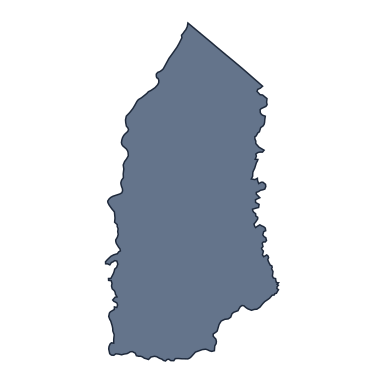 Caseara, Tocantins, Brazil
{"feature_id": "56859067B59915078137369", "entity_name": "Caseara", "entity_type": "district", "adm_level": 2, "iso_a3": "BRA", "parent_name": "Brazil", "parent_adm1": "Tocantins", "projection": "orthographic", "projection_center": [-49.844, -9.372], "detail": "fine", "context": "isolated", "style": "filled", "palette": "slate", "viewbox_px": 384, "rotation_deg": 0, "n_neighbors": 0, "source": "geoboundaries", "source_scale": "gbopen_adm2", "svg_char_len": 4277}
<svg xmlns="http://www.w3.org/2000/svg" viewBox="0 0 384 384"><path d="M181.5,35.2L181.9,37.8L179.0,43.6L176.9,47.3L171.5,54.9L169.0,58.3L163.3,68.8L161.7,70.3L160.0,71.5L157.7,72.4L156.3,74.1L156.3,76.1L156.7,77.7L158.1,78.5L158.8,80.4L158.7,82.8L157.5,85.0L155.0,87.7L150.9,90.5L148.4,91.7L146.8,93.5L141.6,97.7L138.4,99.6L137.0,101.3L134.8,105.3L132.9,108.5L130.8,111.2L129.5,112.8L126.3,116.1L125.5,119.9L125.7,122.6L126.4,126.2L127.8,127.8L128.5,129.5L127.8,131.4L126.3,132.8L124.8,134.2L123.8,135.4L122.6,137.5L121.9,139.7L121.4,142.6L121.9,144.5L122.8,145.9L126.3,148.9L127.6,150.9L128.1,152.6L128.3,155.9L126.5,159.0L124.6,161.5L123.2,165.0L123.8,169.0L123.2,174.0L123.4,177.7L121.6,180.2L120.9,182.4L120.9,183.9L121.5,186.3L122.4,188.6L122.6,190.9L121.8,192.8L120.0,193.9L113.0,196.2L110.8,197.4L109.3,198.7L107.7,201.1L107.9,202.6L109.1,205.0L111.7,208.7L114.4,211.9L115.0,218.0L114.6,222.2L117.2,224.6L117.2,226.6L118.1,228.7L117.7,231.6L118.2,234.4L117.4,237.1L115.7,240.0L115.8,241.7L116.4,243.6L118.7,247.3L120.0,248.9L120.4,250.9L118.6,251.9L117.4,253.7L113.7,254.8L110.9,256.3L107.5,259.5L105.5,261.8L105.6,263.8L107.7,263.9L109.8,264.9L111.4,262.5L113.1,261.8L114.7,260.6L116.9,261.1L117.8,264.2L116.6,267.4L114.7,269.1L114.2,271.3L113.4,273.5L110.9,278.4L108.5,278.5L108.6,280.4L111.2,280.7L112.0,283.4L111.5,286.0L112.2,288.8L114.3,290.7L115.2,292.5L115.4,294.1L116.2,295.5L117.0,296.9L115.1,297.2L112.7,300.0L113.9,301.4L115.3,302.0L116.9,303.0L117.6,305.0L116.8,307.5L114.4,306.9L114.3,309.5L110.4,311.8L109.4,313.1L108.7,316.5L109.8,319.5L110.7,320.9L112.2,325.8L112.7,328.3L112.8,330.9L114.2,334.8L113.7,339.5L113.7,343.2L111.4,342.8L110.1,344.0L109.0,346.6L108.7,348.9L109.7,353.7L111.4,355.1L113.8,355.3L115.8,353.8L118.7,354.1L121.6,354.8L123.9,354.1L127.1,353.6L128.7,352.8L130.2,351.8L132.4,351.6L135.3,353.2L136.4,355.7L138.9,356.3L140.4,356.2L142.3,356.8L144.3,358.2L146.2,358.7L148.5,359.5L151.0,357.0L154.5,356.3L156.7,356.7L159.7,358.4L162.0,359.2L163.4,360.4L165.5,361.0L167.0,359.5L168.9,359.2L170.7,360.6L173.8,360.7L175.3,358.6L178.2,358.5L182.2,358.8L184.2,358.8L187.9,358.9L189.8,358.0L191.2,356.8L195.4,352.1L202.3,349.6L205.6,349.2L207.3,349.7L209.6,350.8L211.7,351.4L214.4,350.7L214.8,345.8L216.1,343.7L216.4,341.6L215.9,339.2L213.2,336.2L213.2,334.0L216.0,332.1L217.2,331.0L219.1,324.4L221.2,321.0L224.8,319.3L228.2,318.9L230.7,317.2L232.0,313.7L233.7,312.3L238.0,310.7L238.9,308.9L240.3,306.7L242.0,305.5L243.9,305.8L245.7,307.4L247.7,308.8L251.5,310.3L254.3,309.4L256.9,309.2L260.0,307.1L262.6,303.8L264.7,301.6L267.4,299.8L269.5,298.3L272.2,295.2L274.2,295.0L274.9,293.6L276.4,293.3L277.6,291.1L278.5,289.7L276.9,288.5L277.1,286.7L278.4,285.2L277.1,284.3L278.5,282.8L276.4,282.5L275.8,280.4L275.6,278.6L273.4,278.0L272.4,276.1L273.0,271.5L271.6,268.8L272.2,267.3L271.8,265.8L270.3,265.2L269.0,262.8L268.3,261.2L267.7,259.6L268.6,257.7L268.1,256.1L266.7,254.9L265.3,255.8L263.7,256.7L262.4,254.8L263.0,252.9L263.4,251.1L262.1,249.7L261.5,248.2L263.0,246.6L262.2,243.2L263.4,241.9L265.2,242.0L266.5,240.5L265.8,237.7L264.0,236.6L262.8,234.8L263.7,231.6L265.7,230.7L265.3,228.1L263.7,226.7L261.6,225.8L259.8,224.8L257.5,226.2L255.6,227.6L254.6,226.2L254.0,224.0L255.6,222.1L257.7,219.0L257.7,217.3L255.8,216.0L255.6,213.7L253.7,212.2L252.8,210.8L252.5,209.2L256.2,208.1L258.6,207.5L259.1,204.4L255.6,202.5L255.5,199.7L259.8,197.7L256.3,194.1L256.3,192.4L258.7,191.5L260.4,190.3L262.8,189.8L264.8,189.1L265.8,186.5L265.5,184.3L262.9,182.2L261.3,182.2L258.7,183.6L257.5,180.3L257.4,178.3L254.9,179.6L251.3,179.0L252.7,176.2L252.7,174.1L252.9,172.0L254.8,167.9L255.3,166.2L256.4,162.7L257.4,161.0L257.9,159.5L255.2,159.3L256.4,156.1L255.8,154.1L257.7,152.6L259.7,152.1L262.5,152.1L264.1,150.2L259.0,147.2L255.8,143.5L255.8,141.0L254.9,139.0L254.8,136.8L256.1,136.0L257.8,132.9L259.4,131.8L260.7,127.6L263.2,125.8L264.2,124.1L264.6,122.2L264.8,119.6L265.3,116.2L262.5,115.2L261.3,114.2L260.3,112.7L260.1,109.7L261.2,108.6L265.9,106.4L267.1,104.7L266.6,102.2L267.0,98.6L265.5,97.4L262.6,95.0L260.1,94.7L257.0,91.4L257.7,89.4L260.3,88.2L262.6,86.2L243.5,69.5L235.3,62.6L232.2,60.0L226.0,54.9L215.1,45.8L213.4,44.3L187.9,23.0L187.3,26.6L185.8,29.8L184.5,31.3L182.9,33.6L181.5,35.2Z" fill="#64748b" stroke="#1e293b" stroke-width="1.5"/></svg>